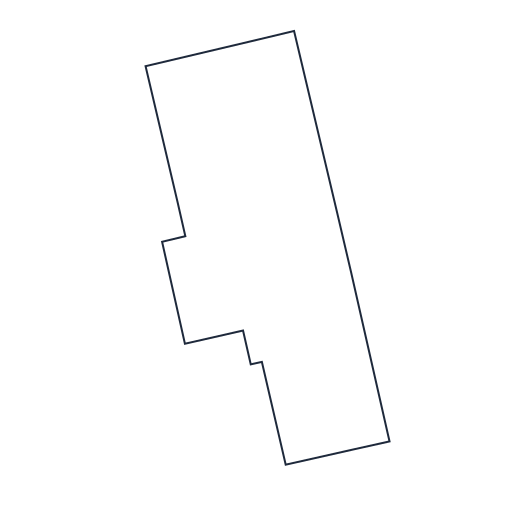 outline of Grenada, Mississippi, United States of America, rotated 257°
{"feature_id": "52423323B71852127868887", "entity_name": "Grenada", "entity_type": "district", "adm_level": 2, "iso_a3": "USA", "parent_name": "United States of America", "parent_adm1": "Mississippi", "projection": "orthographic", "projection_center": [-89.866, 33.787], "detail": "fine", "context": "isolated", "style": "outline", "palette": "slate", "viewbox_px": 512, "rotation_deg": 257, "n_neighbors": 0, "source": "geoboundaries", "source_scale": "gbopen_adm2", "svg_char_len": 390}
<svg xmlns="http://www.w3.org/2000/svg" viewBox="0 0 512 512"><g transform="rotate(257 256 256)"><path d="M186.5,167.0L186.3,226.6L151.6,226.5L151.5,237.9L139.8,237.9L46.0,238.0L45.6,308.5L45.3,344.4L51.5,344.4L218.3,345.0L279.4,344.8L314.5,344.6L466.7,343.7L466.4,308.2L465.8,191.1L325.7,191.7L291.2,191.6L291.0,167.7L186.5,167.0Z" fill="none" stroke="#1e293b" stroke-width="2"/></g></svg>